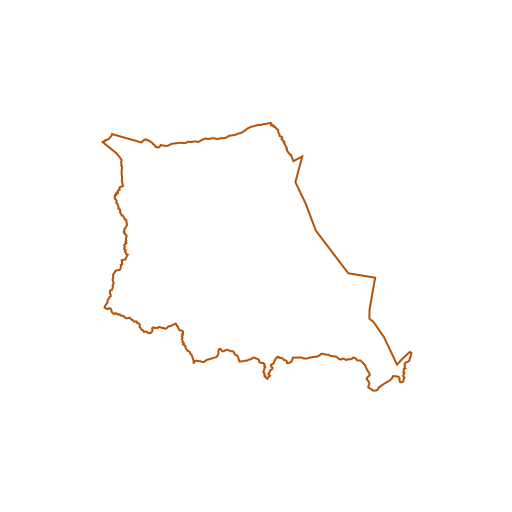 outline of Totoltepec de Guerrero, Puebla, Mexico, rotated 298°
{"feature_id": "50627088B53187609917147", "entity_name": "Totoltepec de Guerrero", "entity_type": "district", "adm_level": 2, "iso_a3": "MEX", "parent_name": "Mexico", "parent_adm1": "Puebla", "projection": "albers", "projection_center": [-97.868, 18.283], "detail": "fine", "context": "isolated", "style": "outline", "palette": "amber", "viewbox_px": 512, "rotation_deg": 298, "n_neighbors": 0, "source": "geoboundaries", "source_scale": "gbopen_adm2", "svg_char_len": 6146}
<svg xmlns="http://www.w3.org/2000/svg" viewBox="0 0 512 512"><g transform="rotate(298 256 256)"><path d="M365.6,250.1L357.3,244.5L361.8,239.2L361.4,238.6L361.8,238.2L362.3,236.5L363.5,234.2L364.6,233.2L364.8,232.6L365.7,232.6L369.3,227.2L369.7,227.7L370.2,227.5L370.3,226.0L371.0,224.7L371.1,223.7L372.6,223.7L373.3,223.1L373.0,220.4L374.3,219.7L375.8,217.5L377.8,216.3L377.9,214.8L378.7,212.3L379.0,212.1L379.0,211.7L378.5,211.0L378.6,210.3L378.9,210.0L379.4,209.9L378.3,208.0L380.3,207.3L380.3,206.1L377.8,203.5L376.2,201.1L373.5,198.1L373.0,196.7L367.3,190.6L364.5,188.6L361.0,187.1L357.5,184.9L356.0,183.1L353.0,180.5L349.3,175.6L347.4,174.7L345.0,172.6L343.7,169.9L341.1,167.1L340.0,163.1L339.0,161.5L337.7,160.2L336.5,158.0L336.1,156.1L332.5,153.3L329.9,151.9L329.4,151.1L328.9,149.2L327.9,147.3L326.0,144.9L325.0,142.4L322.5,140.6L320.4,136.0L315.5,128.9L312.1,126.5L310.9,124.9L309.2,119.7L308.3,119.9L306.9,119.5L305.5,118.1L305.3,116.1L305.7,116.0L306.7,112.2L307.1,111.7L307.6,106.3L307.3,105.6L306.8,105.2L307.2,104.5L307.2,103.6L306.3,102.9L303.9,101.8L303.0,101.9L302.4,101.3L296.1,71.7L295.6,72.0L294.3,72.0L289.8,70.8L288.1,69.5L287.7,68.6L286.0,68.5L285.5,67.5L284.6,67.0L281.3,84.1L279.7,88.3L277.5,92.5L276.2,92.6L274.9,93.2L274.2,93.9L272.4,94.7L272.5,95.2L271.4,96.1L268.0,97.4L263.8,99.8L263.4,100.4L261.6,101.2L261.3,101.7L259.6,102.1L255.3,105.7L253.0,103.6L252.4,103.4L251.7,103.4L250.7,104.4L250.2,104.6L249.4,103.7L248.2,103.4L247.7,103.6L247.4,104.3L246.6,104.5L246.3,104.5L245.8,103.1L245.1,103.2L244.3,103.8L244.2,103.0L242.8,102.9L242.2,103.1L241.4,104.2L240.4,104.4L239.8,106.2L238.9,107.3L237.5,107.5L236.7,109.8L236.0,110.2L234.4,111.9L233.3,112.1L233.2,114.0L232.5,114.5L232.2,115.1L230.6,115.5L229.7,117.5L228.7,118.2L229.2,119.5L227.4,122.2L226.6,122.9L227.1,123.9L226.4,125.1L225.7,125.3L222.9,127.5L218.9,127.5L217.9,127.1L217.2,127.7L215.6,127.8L215.5,128.5L214.6,128.5L214.6,129.0L214.0,129.4L213.9,130.8L213.4,131.0L213.4,131.6L212.7,132.6L211.0,132.7L209.6,133.4L208.6,134.3L207.3,134.1L206.7,135.5L205.8,135.5L205.6,134.9L204.2,134.5L203.3,134.8L202.9,135.9L201.4,135.9L200.4,136.3L200.2,136.4L200.3,137.9L199.9,138.1L198.6,137.9L198.4,138.9L196.9,140.2L197.0,142.2L195.7,142.0L191.5,142.3L189.4,139.4L188.6,139.6L187.8,140.7L186.9,140.9L185.9,141.7L185.5,141.7L184.7,140.8L182.3,142.1L180.0,142.4L179.6,142.2L177.7,139.4L176.1,138.8L175.3,139.0L172.7,138.6L171.5,139.0L169.6,140.2L167.9,140.4L164.9,143.3L162.9,143.2L160.9,144.4L158.5,144.7L157.0,143.4L156.5,143.4L154.7,144.4L153.2,146.2L152.4,146.6L150.8,145.9L149.3,146.1L147.9,145.6L145.3,146.7L141.4,146.2L139.4,146.5L139.2,149.5L140.1,150.5L141.2,150.9L141.3,152.4L140.7,152.9L140.1,154.1L139.2,154.5L138.8,154.9L138.1,157.3L138.5,158.5L139.4,158.6L139.9,160.1L139.3,161.5L140.6,163.0L140.0,164.0L140.0,164.9L140.9,167.1L140.3,168.2L140.3,169.7L140.0,170.8L142.2,173.4L141.5,175.6L141.4,176.7L141.6,177.5L140.8,178.8L140.9,179.6L142.0,180.7L141.7,181.8L141.2,182.1L141.3,183.9L140.9,185.6L138.6,186.6L138.3,187.8L137.2,189.3L137.2,190.8L136.8,192.5L136.4,192.8L137.5,193.9L137.8,194.8L137.3,197.1L137.5,197.9L138.9,199.3L140.6,199.7L143.1,198.9L143.4,198.2L144.5,198.5L145.1,199.6L144.9,200.6L146.4,202.5L146.4,203.2L147.7,203.6L148.2,204.9L148.2,206.6L149.2,208.1L148.8,208.5L149.0,209.9L150.5,211.1L152.8,211.7L153.8,213.3L158.5,216.7L158.0,218.2L157.0,219.1L156.8,220.4L155.6,221.6L154.8,222.9L154.7,223.7L155.3,225.7L155.0,227.1L153.7,227.9L152.4,227.4L151.9,228.5L150.3,228.2L149.5,229.5L148.0,229.5L146.5,231.2L145.3,231.7L145.3,232.9L144.9,233.5L144.4,233.6L144.1,233.2L143.6,233.2L143.7,234.3L143.4,235.9L142.1,236.6L140.1,240.1L140.4,241.1L140.0,242.8L138.9,243.8L138.6,245.4L134.4,250.0L131.7,251.3L133.9,251.3L135.2,251.8L137.0,256.7L137.6,259.3L138.3,260.0L141.0,261.2L148.2,268.5L150.2,268.9L151.3,268.8L152.5,268.5L155.5,267.0L156.8,267.3L157.2,268.2L157.1,269.0L156.3,270.0L156.2,271.3L156.8,272.3L159.1,273.7L159.7,274.8L160.3,278.9L161.1,280.9L159.3,283.4L159.0,284.6L159.3,285.5L158.8,287.1L155.1,290.8L156.9,294.0L158.0,294.9L158.9,296.5L159.7,297.4L161.5,298.5L161.7,299.3L162.9,300.2L164.8,301.1L165.5,302.5L165.5,304.3L166.0,306.3L165.4,307.5L164.2,308.3L163.8,309.0L164.2,311.5L165.0,312.1L164.7,312.8L164.8,313.9L164.1,314.1L163.5,315.1L162.5,315.1L162.4,316.3L160.1,316.3L159.7,316.6L156.9,316.9L156.8,318.0L155.8,318.9L155.0,319.1L154.4,320.2L154.1,320.2L154.3,321.0L153.6,321.1L153.0,322.0L153.0,323.7L155.6,323.8L156.3,324.5L156.9,324.6L157.6,322.4L158.1,322.1L159.9,322.8L161.5,322.1L163.7,323.4L164.8,323.1L165.2,322.9L165.4,321.7L165.9,321.5L166.2,320.6L166.7,320.4L167.6,320.6L168.4,321.4L170.0,322.0L171.9,321.6L172.9,321.8L174.8,321.4L175.5,322.3L176.8,322.1L177.4,322.9L177.5,323.8L177.1,324.2L177.1,325.0L178.1,326.4L177.9,328.3L177.3,329.1L177.7,330.5L177.7,332.0L177.4,332.7L176.1,333.6L176.9,335.2L179.4,336.9L182.3,336.6L183.5,336.2L187.9,344.2L187.7,345.5L188.4,346.8L188.7,348.2L191.9,351.7L192.9,353.1L193.4,353.4L196.2,357.7L197.4,358.0L197.8,358.6L200.4,359.7L200.7,360.1L202.1,365.0L202.8,366.3L202.8,369.5L203.5,370.2L203.6,371.2L204.9,374.1L204.1,377.0L204.3,379.4L206.0,380.6L206.5,382.1L206.6,384.8L207.8,385.4L208.8,387.4L210.2,389.0L212.2,389.7L212.3,392.6L211.5,393.8L211.6,395.1L212.8,397.3L210.8,403.7L209.1,405.4L205.2,411.7L204.2,412.4L201.3,411.4L200.5,411.3L199.0,411.7L198.6,413.3L197.4,415.4L196.2,416.1L193.9,416.3L192.7,416.9L192.5,420.4L192.1,422.4L192.5,423.5L193.7,425.2L194.8,426.1L195.9,426.3L197.6,426.0L199.4,427.3L201.0,427.7L201.9,428.4L203.3,429.0L208.8,432.5L211.7,433.5L214.3,433.4L216.2,437.8L216.2,438.7L215.5,440.0L214.0,440.7L212.4,442.4L212.3,442.8L212.7,443.7L214.6,445.0L216.7,444.1L218.3,444.2L219.2,442.1L222.1,442.1L222.5,441.8L222.5,440.6L224.6,440.2L225.3,439.6L226.0,439.7L226.8,440.4L226.9,439.7L228.6,439.2L229.4,438.3L229.9,438.4L230.0,438.2L231.5,437.9L233.0,438.9L233.7,439.6L235.6,440.6L237.8,439.8L239.1,439.9L243.4,438.7L243.4,436.8L234.7,433.7L226.3,431.5L244.5,407.0L252.8,390.9L254.0,385.4L262.3,381.3L292.8,371.4L284.2,346.0L284.2,345.3L306.5,296.9L325.2,275.7L339.7,256.1L365.6,250.1Z" fill="none" stroke="#b45309" stroke-width="2"/></g></svg>